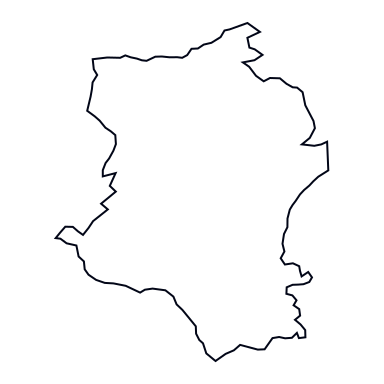 outline of Campo Novo, Rio Grande do Sul, Brazil
{"feature_id": "56859067B11672596232419", "entity_name": "Campo Novo", "entity_type": "district", "adm_level": 2, "iso_a3": "BRA", "parent_name": "Brazil", "parent_adm1": "Rio Grande do Sul", "projection": "albers", "projection_center": [-53.822, -27.67], "detail": "fine", "context": "isolated", "style": "outline", "palette": "ink", "viewbox_px": 384, "rotation_deg": 0, "n_neighbors": 0, "source": "geoboundaries", "source_scale": "gbopen_adm2", "svg_char_len": 1845}
<svg xmlns="http://www.w3.org/2000/svg" viewBox="0 0 384 384"><path d="M92.7,59.2L93.8,69.3L97.2,75.0L92.6,82.4L91.9,89.3L90.6,96.6L87.2,110.8L94.7,116.3L99.7,120.7L105.4,127.7L110.8,131.3L115.3,135.1L115.9,144.1L113.4,150.7L109.1,158.5L105.6,163.0L102.8,170.2L102.8,176.4L115.6,173.1L109.8,185.9L115.8,191.6L101.1,203.7L107.8,209.4L93.1,221.1L88.5,228.0L83.0,234.9L77.9,231.3L72.9,226.9L65.3,226.7L59.9,232.9L55.7,238.1L60.4,238.7L66.6,243.3L76.4,245.5L78.6,256.5L83.9,261.4L84.7,269.3L88.5,274.7L96.1,279.9L104.8,282.9L113.5,283.4L125.7,285.8L140.1,292.6L144.9,289.7L152.6,288.6L165.4,290.3L173.4,296.6L176.6,304.4L182.4,309.9L195.8,326.3L196.1,333.7L199.3,340.0L203.0,343.3L206.3,353.4L215.5,361.0L225.6,353.9L233.9,350.3L240.1,344.9L257.8,349.6L264.6,349.3L272.5,338.1L279.1,337.0L285.1,338.3L291.9,337.8L296.9,332.9L298.9,338.1L305.4,337.3L305.2,330.1L300.6,324.5L295.0,319.8L300.1,315.6L299.2,309.1L293.6,305.3L296.5,300.3L292.4,295.4L286.4,293.8L286.7,287.3L292.6,284.8L298.2,284.6L303.5,284.2L309.3,282.0L312.0,277.4L308.2,272.0L301.6,276.4L300.0,270.9L299.2,266.2L292.9,263.3L284.9,264.5L280.7,258.3L284.4,251.5L282.5,243.8L284.0,234.0L287.4,227.2L287.5,218.5L289.8,209.6L292.5,205.1L295.6,201.0L300.0,194.4L304.2,189.9L309.3,185.6L313.3,181.3L318.3,176.7L328.3,170.4L327.1,141.7L321.3,144.4L314.3,145.8L301.9,144.4L309.8,137.9L314.9,128.2L313.5,121.0L305.3,105.3L302.6,92.2L297.1,87.6L292.7,87.3L286.5,83.8L279.9,78.3L270.0,78.0L263.7,81.3L256.0,75.8L249.2,66.8L242.9,62.4L254.5,60.2L262.5,54.9L254.7,49.3L249.4,47.6L247.4,37.8L259.9,31.9L247.4,23.0L229.6,29.4L224.5,30.5L220.6,37.1L211.4,42.8L203.7,44.6L197.9,48.5L191.5,48.8L187.2,55.1L182.2,57.8L177.2,57.2L169.7,57.3L161.8,56.5L155.3,56.7L146.6,60.8L141.9,60.3L136.9,58.6L130.7,57.3L125.3,55.4L120.2,57.8L107.3,57.5L92.7,59.2Z" fill="none" stroke="#020617" stroke-width="2"/></svg>